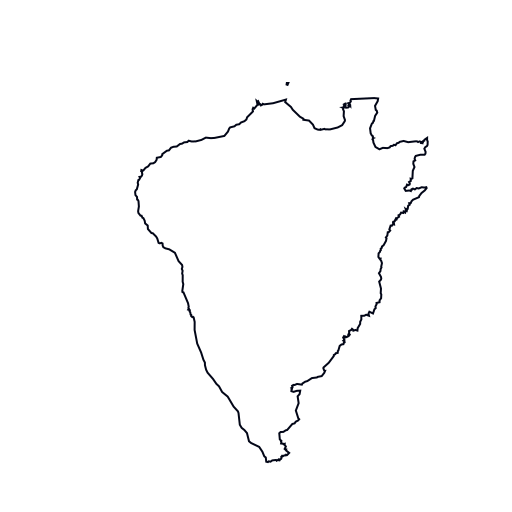 the district of Karang Asem, Bali, Indonesia, rotated 200°
{"feature_id": "22746128B60715781377305", "entity_name": "Karang Asem", "entity_type": "district", "adm_level": 2, "iso_a3": "IDN", "parent_name": "Indonesia", "parent_adm1": "Bali", "projection": "natural_earth1", "projection_center": [115.49, -8.359], "detail": "fine", "context": "isolated", "style": "outline", "palette": "ink", "viewbox_px": 512, "rotation_deg": 200, "n_neighbors": 0, "source": "geoboundaries", "source_scale": "gbopen_adm2", "svg_char_len": 6120}
<svg xmlns="http://www.w3.org/2000/svg" viewBox="0 0 512 512"><g transform="rotate(200 256 256)"><path d="M128.7,358.7L128.6,360.6L127.7,362.6L123.0,367.0L123.1,368.3L122.0,371.8L119.8,375.4L118.9,378.2L119.5,378.9L121.2,377.9L123.8,377.3L126.2,375.1L128.3,374.8L129.5,372.9L131.6,373.0L132.3,372.3L132.2,371.7L132.8,371.5L132.7,370.0L134.3,370.0L137.6,368.4L139.8,370.2L139.7,371.0L138.5,372.2L138.5,374.7L137.3,374.5L136.1,375.7L136.3,376.8L137.5,377.9L136.2,379.5L137.1,381.5L136.4,381.5L135.6,382.5L137.8,389.7L137.5,393.8L139.7,396.4L140.4,398.8L139.1,400.3L140.2,401.5L140.4,403.4L140.1,404.7L136.3,407.3L132.2,408.8L131.8,410.1L132.2,411.8L134.5,414.4L134.2,416.1L132.9,417.9L132.8,419.1L133.8,422.3L134.9,423.5L135.6,425.5L137.5,422.8L137.3,421.9L138.3,421.1L138.1,420.2L138.7,420.0L138.2,418.9L139.7,418.6L140.1,419.7L141.5,419.6L142.7,418.5L143.9,418.8L145.8,418.1L151.9,415.0L156.6,414.6L160.0,412.4L160.7,411.1L162.1,410.2L162.8,407.8L164.4,407.7L165.2,406.3L167.1,405.3L167.5,403.8L169.4,402.3L173.8,401.0L176.5,398.5L181.0,399.3L184.4,402.7L185.7,405.1L186.4,405.4L186.4,406.6L186.0,407.0L186.6,407.0L187.1,408.5L188.4,408.9L190.2,410.5L192.5,415.0L192.4,420.1L191.7,421.1L191.8,423.0L191.4,423.3L192.0,428.5L191.1,432.2L192.3,433.9L193.4,434.2L195.5,437.8L194.6,443.1L195.1,445.8L199.0,444.8L220.3,435.9L220.4,434.4L219.8,433.8L220.1,432.2L221.6,431.1L219.2,430.2L218.8,429.3L220.4,430.2L220.7,429.2L219.4,428.5L220.3,427.0L222.2,426.1L223.0,426.3L223.7,429.6L224.2,429.8L225.1,428.7L224.5,428.5L224.8,426.7L224.2,425.6L225.4,425.0L224.6,424.9L224.4,423.7L222.9,422.1L221.5,417.4L218.9,414.2L218.7,413.1L219.8,408.4L223.2,404.7L229.7,400.3L234.3,398.7L235.1,398.9L238.4,396.7L238.8,397.1L239.7,396.2L241.4,395.9L244.7,396.1L247.4,398.9L252.5,401.4L258.1,400.2L258.4,401.2L262.4,401.9L271.5,406.0L274.1,408.0L281.2,410.6L281.4,413.2L292.2,405.4L300.2,401.3L301.7,401.3L301.7,400.5L302.9,399.2L303.8,400.1L304.9,399.4L305.3,400.6L306.9,402.2L307.3,401.5L308.3,401.9L306.3,398.7L308.1,393.9L309.3,394.3L309.4,392.7L308.3,390.8L311.8,383.3L311.7,381.0L313.0,378.7L315.8,376.3L316.8,374.1L319.4,372.6L320.6,370.5L324.3,368.0L324.8,366.6L324.9,363.3L326.8,358.0L335.3,352.8L338.7,351.3L343.6,350.1L347.0,346.4L351.8,343.1L355.6,341.6L358.7,341.3L359.5,339.6L362.4,338.2L364.0,336.2L365.7,335.3L367.9,331.8L370.9,330.4L372.9,328.7L373.9,325.5L375.8,324.4L378.9,319.7L378.6,318.5L379.3,316.5L382.8,314.4L382.3,312.4L382.9,309.7L384.2,308.0L386.9,306.7L388.0,303.3L390.0,301.0L391.1,297.9L391.9,297.3L391.7,295.2L390.8,294.1L390.7,292.6L391.1,291.2L392.5,290.5L391.6,289.5L391.9,287.6L392.5,287.2L392.2,284.3L391.2,282.9L390.8,277.9L391.5,276.6L391.5,274.8L390.1,272.0L388.0,270.8L387.0,268.4L386.3,268.4L385.2,267.4L383.0,262.5L382.1,257.8L381.2,256.2L378.3,254.4L377.3,254.7L375.8,253.1L374.8,253.1L372.7,251.1L371.3,248.7L368.2,247.6L366.8,244.4L362.1,241.8L360.8,242.1L356.5,240.1L354.8,238.7L352.0,235.0L350.7,235.0L349.4,236.0L348.1,235.8L347.3,233.9L346.1,232.6L343.8,232.2L339.8,232.6L333.3,231.3L327.0,224.7L322.4,222.3L321.4,220.6L321.3,218.5L319.9,217.0L319.4,214.3L318.3,212.9L316.1,206.7L314.7,204.7L313.3,197.9L312.7,196.9L311.7,197.0L303.7,188.4L301.9,185.4L301.8,184.1L301.0,183.5L301.3,182.4L299.6,182.4L299.4,181.1L298.5,180.6L297.5,178.7L296.7,178.5L296.4,177.4L295.0,176.8L294.5,177.3L293.6,177.0L291.1,173.1L288.4,165.5L281.3,153.6L274.6,146.6L269.9,140.5L267.6,138.4L266.6,135.9L264.0,132.1L261.6,129.8L254.4,125.8L249.5,122.3L246.2,120.9L241.3,116.6L234.5,114.2L225.5,106.8L219.8,103.8L218.7,102.4L213.5,91.9L210.7,89.6L207.4,88.5L203.9,86.5L199.2,79.5L196.7,78.6L187.7,77.7L183.1,74.3L179.7,70.6L177.9,70.0L176.0,66.2L174.3,66.4L173.8,67.4L172.0,67.7L170.8,69.5L167.4,71.2L166.6,70.7L165.5,72.1L164.7,71.9L164.7,72.7L163.9,72.5L163.8,73.2L163.0,74.0L163.0,75.1L163.6,75.8L163.1,77.2L162.3,77.0L161.2,78.3L159.8,78.8L159.8,79.5L158.7,79.6L157.5,82.3L161.1,83.5L161.4,84.5L162.1,84.1L163.1,84.5L162.8,87.2L164.6,88.4L164.8,89.3L165.7,88.6L166.0,88.9L168.3,88.4L168.5,89.8L169.1,90.3L169.0,91.0L170.9,91.8L173.5,97.4L172.7,99.0L170.1,100.1L168.5,102.3L167.2,103.2L164.4,110.6L162.5,111.9L162.0,113.9L160.2,115.8L159.6,117.4L160.8,118.0L165.7,124.4L165.6,132.3L168.9,138.4L167.8,141.1L168.4,144.6L171.5,143.3L174.2,141.2L176.5,141.1L177.1,143.2L176.7,143.5L176.9,144.2L177.5,144.3L176.8,145.5L177.7,146.4L176.7,147.7L175.6,148.0L173.7,149.8L168.9,150.8L168.8,152.0L166.8,154.7L165.0,156.0L161.7,160.4L157.2,162.7L156.7,163.5L153.2,165.6L151.9,169.5L151.8,171.7L152.3,171.5L153.1,172.1L154.4,173.7L154.4,174.4L151.1,180.6L148.7,188.6L149.0,189.6L147.9,190.9L147.8,191.9L146.1,192.9L146.6,194.7L146.3,195.4L146.6,200.2L145.4,202.1L143.7,203.0L143.8,204.5L143.2,205.2L143.6,205.9L144.9,206.3L144.2,207.4L146.2,209.2L145.9,210.7L144.5,210.2L144.5,210.9L143.2,210.7L141.6,212.4L141.0,214.2L141.6,214.6L142.3,214.2L142.2,215.7L142.9,217.3L141.2,219.1L140.9,220.4L139.7,220.0L139.0,219.1L137.3,220.5L135.2,220.6L135.8,223.0L134.9,227.8L135.6,229.8L135.3,232.4L136.6,235.8L133.8,236.9L132.4,238.5L129.4,238.5L130.6,240.3L130.4,242.4L126.4,242.0L126.5,246.4L125.7,248.0L126.5,249.4L126.2,252.0L126.7,253.1L124.1,254.8L124.7,256.6L124.0,259.1L125.1,262.7L126.1,263.7L127.4,268.1L131.5,274.1L130.5,276.5L130.6,277.7L131.4,279.1L134.6,281.9L133.9,284.3L134.4,286.4L134.2,288.2L134.7,288.8L135.2,292.4L136.7,294.3L138.1,295.2L138.1,296.2L139.2,295.9L140.7,297.0L141.7,300.4L140.9,302.4L141.1,303.5L140.7,304.2L141.3,305.4L140.6,306.7L140.9,308.0L139.8,309.7L139.0,314.6L139.4,317.2L140.3,317.8L139.6,320.1L140.3,323.4L139.5,323.7L138.6,325.8L139.8,326.6L139.9,330.6L138.7,330.9L138.3,332.6L137.0,332.8L137.7,334.1L138.7,334.4L138.8,335.1L137.5,336.1L137.6,337.2L136.8,337.9L137.4,338.4L137.3,339.4L136.4,339.3L136.4,340.0L135.0,341.8L136.0,343.0L134.8,344.3L134.5,346.4L132.3,346.8L132.5,348.3L130.7,347.9L131.0,349.4L130.1,349.6L131.4,351.3L129.9,350.8L130.1,352.1L129.6,352.3L130.2,355.3L129.1,356.8L130.1,358.0L128.7,358.7ZM285.9,427.6L284.9,427.6L284.8,429.6L286.2,429.1L285.9,427.6ZM393.1,297.6L392.9,296.6L392.1,296.8L392.4,297.6L393.1,297.6Z" fill="none" stroke="#020617" stroke-width="2"/></g></svg>